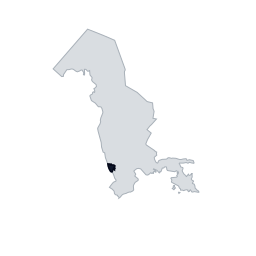 location of Nishan, Kashkadarya, Uzbekistan, rotated 38°
{"feature_id": "79887680B39289348705167", "entity_name": "Nishan", "entity_type": "district", "adm_level": 2, "iso_a3": "UZB", "parent_name": "Uzbekistan", "parent_adm1": "Kashkadarya", "projection": "equal_earth", "projection_center": [65.65, 38.476], "detail": "fine", "context": "in_parent", "style": "filled", "palette": "ink", "viewbox_px": 256, "rotation_deg": 38, "n_neighbors": 0, "source": "geoboundaries", "source_scale": "gbopen_adm2", "svg_char_len": 4621}
<svg xmlns="http://www.w3.org/2000/svg" viewBox="0 0 256 256"><g transform="rotate(38 128 128)"><path d="M195.9,115.2L199.4,113.5L201.4,114.7L201.6,115.3L199.4,116.5L197.5,117.2L197.0,118.8L195.1,119.4L193.2,121.6L190.2,123.9L190.2,124.3L190.4,124.7L191.4,124.9L193.5,126.2L195.4,125.5L195.9,125.6L196.4,126.3L197.0,128.3L197.9,128.9L200.7,129.9L202.8,129.9L203.8,130.4L204.0,130.2L204.0,127.2L204.9,127.7L205.9,127.3L206.2,125.8L206.0,124.8L206.7,124.3L207.0,124.7L207.1,125.6L208.1,126.2L208.9,127.6L209.2,129.3L211.1,129.8L211.8,129.4L212.4,129.6L212.7,131.8L213.0,132.0L214.7,131.5L216.3,132.4L218.0,134.1L219.9,134.2L220.4,134.5L221.7,134.2L223.3,134.7L223.4,134.9L223.1,135.3L219.4,137.3L218.4,138.7L217.6,139.1L215.3,138.3L215.0,139.2L215.4,140.0L214.9,140.9L213.7,140.6L213.5,140.1L212.4,140.4L211.1,141.8L210.5,143.0L209.2,143.4L207.6,144.6L206.8,143.6L205.6,143.7L204.0,142.8L203.2,142.6L195.9,143.9L195.4,143.7L194.6,142.0L192.7,141.2L192.8,140.4L196.4,137.0L196.8,136.0L195.6,135.4L195.8,134.5L193.3,131.8L192.8,131.7L192.5,131.8L191.7,133.7L185.3,137.2L184.3,136.9L182.9,135.6L181.9,135.1L180.8,136.2L180.8,137.5L179.7,138.5L180.8,142.0L180.7,142.5L179.9,142.6L180.5,143.9L180.0,144.1L176.9,143.5L173.3,144.4L173.4,144.9L176.6,144.8L177.1,145.1L177.2,145.5L177.0,145.8L175.3,146.1L175.1,146.6L176.0,148.2L175.6,148.5L175.0,148.2L174.6,149.2L173.5,149.2L172.9,152.2L172.1,153.3L170.9,153.8L163.2,152.4L161.2,153.3L159.9,154.7L159.1,158.0L159.2,158.4L162.5,159.6L163.0,161.7L167.0,161.8L167.6,162.1L168.0,162.7L168.2,163.2L167.1,166.5L167.5,169.4L168.2,170.7L170.6,173.3L170.5,174.7L169.9,176.0L169.3,177.1L168.6,177.5L167.6,178.9L166.8,180.6L165.1,182.9L164.6,184.1L164.4,187.8L164.0,188.9L163.9,188.5L163.3,188.1L161.6,187.9L161.2,187.5L159.0,188.3L157.6,187.9L156.1,186.4L153.4,185.9L149.9,186.2L149.8,182.5L149.9,179.7L151.1,177.5L151.1,177.1L150.5,176.3L148.4,175.7L145.9,174.0L143.6,172.8L142.3,172.5L140.9,173.1L139.6,172.9L133.5,168.4L128.4,165.2L124.9,161.9L123.2,162.3L118.8,159.2L115.9,156.0L106.4,148.9L104.5,147.2L104.1,146.3L103.4,141.9L102.6,139.9L101.4,138.9L100.4,136.8L98.9,131.7L98.3,130.8L95.5,128.7L93.9,128.1L92.7,128.5L92.0,129.3L91.0,129.4L86.9,128.5L82.3,128.9L78.3,126.3L78.1,125.9L78.1,125.2L78.9,123.5L78.8,122.8L78.3,122.0L78.3,121.1L78.7,120.6L79.4,120.8L79.7,120.5L79.6,120.0L78.7,119.0L76.9,118.0L77.3,117.4L77.4,115.7L77.7,114.9L77.5,114.6L76.1,113.4L71.6,113.3L70.6,113.0L69.7,112.5L68.9,110.7L68.5,110.3L65.4,109.6L62.4,106.4L61.7,107.8L61.1,108.1L58.7,107.7L57.5,108.6L60.3,111.8L60.9,112.7L60.9,113.3L60.0,113.4L59.3,111.9L58.8,111.5L56.0,110.6L55.1,111.6L54.8,112.8L53.5,114.9L52.1,115.3L48.7,115.4L47.7,115.9L47.0,116.4L45.6,118.3L43.9,119.7L44.3,125.6L45.3,127.1L44.1,128.3L32.6,127.5L35.3,75.0L51.7,70.2L63.5,67.1L89.5,83.4L90.1,84.1L90.4,85.5L91.1,86.6L100.0,96.2L113.3,94.3L126.8,95.4L131.9,93.1L135.8,97.3L138.3,98.8L141.7,105.0L144.9,103.4L144.4,110.8L144.0,113.1L144.0,117.6L149.4,117.7L150.5,125.0L151.8,129.6L152.9,130.1L163.2,129.4L163.9,129.8L165.4,129.3L166.3,130.8L167.4,131.7L166.7,134.9L168.0,136.2L170.8,137.7L172.6,137.7L172.9,137.1L172.8,136.4L172.4,135.6L172.4,134.7L172.7,134.0L174.3,131.6L177.1,129.2L177.7,128.3L177.9,126.8L178.9,126.0L181.2,125.0L181.6,124.3L184.4,122.4L187.7,121.2L189.2,120.2L190.6,118.4L192.6,116.5L193.4,116.5L194.0,117.1L194.5,117.1L195.9,115.2ZM195.7,133.1L195.3,132.1L194.7,131.8L195.3,133.1L195.7,133.1ZM202.2,148.4L200.1,148.4L200.4,146.9L199.6,146.2L199.4,145.5L199.6,144.9L200.1,144.6L200.8,145.6L202.4,146.1L201.9,147.1L202.3,148.2L202.2,148.4ZM208.7,146.9L208.4,148.2L207.4,147.6L207.5,147.3L208.7,146.9Z" fill="#d9dde1" stroke="#a8b0b8" stroke-width="1"/><path d="M138.6,166.9L138.1,166.9L137.1,166.8L137.1,167.3L137.2,167.9L136.8,168.0L136.8,167.5L136.7,167.3L136.3,167.3L135.8,167.5L135.4,167.9L135.1,168.3L134.8,168.3L134.4,168.5L134.2,168.6L134.9,169.4L135.6,170.0L136.0,170.4L136.7,170.8L137.6,171.4L138.1,171.7L138.6,171.9L139.0,172.1L139.8,172.4L140.2,172.6L140.5,172.7L141.2,172.9L141.7,172.9L141.8,172.9L141.9,172.7L142.0,172.7L142.3,172.4L142.5,172.3L142.5,172.1L142.4,171.7L142.1,171.2L141.9,170.7L141.9,170.4L141.8,169.9L141.7,169.5L142.0,169.5L143.1,169.4L142.9,169.2L142.8,168.9L142.5,168.8L142.3,168.9L142.2,168.6L142.4,168.4L142.6,168.1L142.4,168.0L142.4,167.7L142.2,167.6L142.0,167.8L141.8,167.7L141.7,168.0L141.3,167.8L141.3,167.1L141.4,166.6L141.3,166.4L141.1,166.3L141.0,165.9L140.9,165.8L140.7,165.9L140.7,166.0L140.3,166.0L140.1,165.8L139.9,165.9L139.7,166.1L139.4,166.1L139.2,166.1L138.9,166.4L138.7,166.6L138.7,166.8L138.6,166.9Z" fill="#0f172a" stroke="#020617" stroke-width="1.5"/></g></svg>